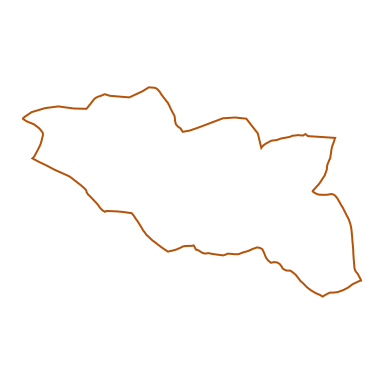 Beausejour, Gros Islet, Saint Lucia
{"feature_id": "8701671B92902112367309", "entity_name": "Beausejour", "entity_type": "district", "adm_level": 2, "iso_a3": "LCA", "parent_name": "Saint Lucia", "parent_adm1": "Gros Islet", "projection": "mercator", "projection_center": [-60.935, 14.076], "detail": "fine", "context": "isolated", "style": "outline", "palette": "amber", "viewbox_px": 384, "rotation_deg": 0, "n_neighbors": 0, "source": "geoboundaries", "source_scale": "gbopen_adm2", "svg_char_len": 5738}
<svg xmlns="http://www.w3.org/2000/svg" viewBox="0 0 384 384"><path d="M338.1,199.5L337.8,199.0L337.3,198.4L336.9,197.7L336.3,197.1L335.9,196.5L335.4,195.9L334.8,195.4L334.2,195.0L333.7,194.7L333.1,194.4L332.4,194.2L331.6,194.1L330.8,194.1L330.0,194.2L329.3,194.4L328.6,194.5L327.9,194.6L327.2,194.7L326.6,194.8L325.9,194.8L325.3,194.8L324.7,194.8L324.2,194.8L323.6,194.8L323.1,194.8L322.6,194.8L322.1,194.8L321.5,194.8L321.0,194.8L320.5,194.7L319.9,194.7L319.3,194.6L318.7,194.6L318.0,194.4L317.4,194.2L316.8,193.9L316.2,193.7L315.7,193.4L315.2,193.1L314.7,192.9L314.2,192.5L313.7,192.2L313.2,191.8L312.7,191.5L312.8,190.8L314.5,189.0L316.0,187.3L318.6,184.5L320.8,181.5L321.3,180.6L321.5,180.3L322.3,179.0L323.0,178.0L323.9,176.5L324.8,175.4L324.9,175.0L325.1,174.1L325.6,173.1L326.0,171.9L326.4,170.7L326.8,169.6L326.9,168.5L326.9,167.4L327.2,165.9L327.3,165.0L327.7,163.9L328.0,163.1L328.7,161.5L329.0,160.6L329.5,159.5L330.0,158.7L330.3,158.0L330.3,157.3L330.5,156.1L330.6,155.0L330.8,154.2L331.1,152.3L331.3,150.5L331.5,149.3L331.8,147.9L332.0,147.0L332.4,145.8L332.7,144.9L333.3,143.4L333.6,142.5L334.0,141.4L334.3,140.5L334.7,138.9L335.1,137.9L307.9,136.1L307.2,135.5L305.9,134.4L305.4,134.1L304.2,134.8L303.2,135.5L301.8,135.4L300.8,135.4L299.7,135.3L298.7,135.2L297.3,135.1L296.8,135.3L295.8,135.4L294.2,135.6L293.0,135.6L292.2,135.9L291.1,136.3L289.7,136.9L288.8,137.1L287.6,137.3L286.7,137.5L285.1,137.8L284.3,137.9L282.3,138.2L280.8,138.6L276.8,140.0L276.1,140.1L275.1,140.3L274.2,140.3L272.5,140.5L271.5,140.7L270.5,141.1L269.6,141.6L268.1,142.4L266.1,143.5L265.4,143.9L264.2,144.8L263.5,145.3L263.1,145.6L262.7,146.2L261.9,147.0L261.3,147.9L257.8,133.4L246.3,118.7L235.2,117.5L222.9,118.3L199.1,127.3L189.6,130.6L182.8,131.8L181.0,129.3L180.7,128.5L179.7,127.8L178.7,127.2L177.7,126.3L177.0,125.5L176.2,124.7L175.8,123.9L175.4,122.3L175.2,121.3L174.9,120.2L175.0,119.2L174.7,117.6L174.7,116.6L174.3,115.5L173.9,114.8L173.0,113.2L172.6,112.4L172.0,111.4L171.6,110.5L170.9,109.1L170.5,108.2L170.0,107.3L169.6,106.3L168.9,104.8L168.4,104.1L168.0,102.9L167.4,102.3L166.3,100.9L165.8,100.2L165.1,99.4L164.5,98.6L162.4,95.8L161.8,95.1L161.2,94.2L160.7,93.4L159.9,92.1L159.4,91.4L158.6,90.5L157.7,89.6L157.2,89.0L156.6,88.7L155.8,88.2L154.8,87.8L153.8,87.7L152.2,87.6L151.2,87.5L150.3,87.4L148.7,87.4L142.4,91.3L129.3,97.4L109.9,95.8L104.7,94.2L100.4,96.0L99.5,96.2L98.1,96.7L97.2,97.1L96.3,97.6L95.4,98.0L94.2,99.2L93.5,99.9L92.8,100.9L92.1,101.7L91.2,102.9L90.6,103.7L90.0,104.5L89.3,105.2L88.3,106.6L87.7,107.3L87.0,108.2L86.4,108.8L73.8,108.5L58.3,106.4L45.2,108.1L31.7,112.1L25.0,116.6L23.0,118.3L23.2,119.1L27.2,121.6L30.8,123.0L33.9,124.3L35.6,125.5L39.3,128.4L41.4,130.9L42.9,133.1L42.9,135.5L42.0,138.7L41.3,141.8L40.4,144.6L38.8,147.9L36.9,151.6L34.2,156.6L32.4,158.4L39.4,162.1L46.8,165.6L51.8,168.3L54.9,169.9L65.5,174.6L67.9,175.7L69.8,176.7L71.8,178.1L73.5,179.5L80.6,185.0L81.1,185.4L84.9,188.8L86.3,190.5L86.6,192.3L88.1,194.5L90.0,196.3L92.2,198.6L94.7,201.2L97.5,204.2L100.1,207.9L102.7,210.5L104.5,211.5L104.9,211.8L106.6,211.0L112.3,211.2L116.9,211.4L123.6,212.0L128.8,212.8L131.6,213.1L133.7,215.6L136.0,219.1L137.9,221.7L140.0,225.1L141.3,227.2L143.2,230.5L144.7,232.4L146.6,235.0L148.5,236.7L150.6,238.7L152.2,240.2L153.9,241.5L155.6,242.7L157.4,244.2L159.4,245.7L160.6,246.6L162.5,248.0L165.6,250.1L167.6,251.4L168.0,251.6L174.4,250.1L176.9,249.3L180.3,247.8L183.1,246.4L185.7,246.0L188.5,245.9L189.7,245.9L191.8,245.9L193.3,245.5L193.6,245.4L193.8,245.5L196.0,249.7L197.6,249.9L200.1,251.4L202.3,252.8L204.5,253.5L206.6,253.4L208.3,253.1L211.2,253.7L217.0,254.6L220.3,255.0L223.1,255.4L225.7,254.6L227.3,253.7L230.8,253.8L234.5,254.2L238.4,254.2L243.1,252.4L248.2,251.0L252.8,248.9L257.1,247.4L260.2,248.0L262.0,249.0L262.5,249.6L264.2,253.1L265.0,255.4L266.3,258.1L268.2,260.6L271.1,262.8L273.9,262.1L277.3,262.5L279.8,264.1L281.7,266.6L282.5,268.3L284.3,269.6L286.4,270.5L290.4,270.7L293.1,272.6L295.8,274.9L298.4,278.2L300.3,280.8L303.2,283.4L306.9,287.2L310.7,290.1L313.1,291.6L315.9,293.2L318.0,294.1L320.1,295.0L322.6,296.6L323.1,296.3L323.5,296.0L327.0,294.0L330.0,292.6L333.5,292.6L337.6,292.1L343.3,290.1L348.2,287.5L352.6,284.2L358.9,281.2L361.0,280.6L360.8,279.7L357.7,273.8L357.5,273.5L357.2,273.2L356.8,272.8L356.5,272.5L356.2,272.1L356.0,271.8L355.8,271.5L355.5,271.1L355.3,270.6L355.1,270.2L355.0,269.8L354.8,269.3L354.7,268.9L354.6,268.5L354.5,268.0L354.4,267.5L354.4,267.0L354.3,266.5L354.3,265.9L354.2,265.3L354.2,264.7L354.1,264.1L354.1,263.5L354.0,262.8L354.0,262.1L353.9,261.4L353.9,260.7L353.8,260.0L353.7,259.3L353.7,258.6L353.6,257.9L353.6,257.2L353.5,256.5L353.5,255.8L353.4,255.1L353.4,254.4L353.4,253.7L353.3,253.0L353.3,252.3L353.3,251.7L353.3,251.0L353.2,250.4L353.2,249.8L353.1,249.2L353.1,248.6L353.1,248.0L353.0,247.3L352.9,246.6L352.9,245.9L352.8,245.2L352.8,244.6L352.7,244.0L352.7,243.4L352.6,242.8L352.5,242.2L352.5,241.6L352.4,240.9L352.4,240.3L352.3,239.6L352.3,239.0L352.2,238.4L352.2,237.7L352.2,237.0L352.1,236.4L352.0,235.7L352.0,235.0L351.9,234.3L351.8,233.6L351.8,232.9L351.7,232.2L351.6,231.5L351.6,230.8L351.5,230.1L351.4,229.4L351.3,228.7L351.2,228.0L351.0,227.3L350.9,226.6L350.8,225.9L350.6,225.2L350.5,224.6L350.3,224.0L350.1,223.3L349.9,222.7L349.7,222.0L349.4,221.3L349.2,220.6L348.9,219.8L348.6,219.1L348.2,218.4L347.9,217.6L347.5,216.9L347.1,216.2L346.7,215.5L346.4,214.8L346.0,214.1L345.7,213.4L345.4,212.8L345.1,212.1L344.7,211.5L344.4,210.9L344.1,210.3L343.8,209.7L343.5,209.0L343.2,208.4L342.9,207.8L342.6,207.4L342.5,207.1L342.2,206.7L341.8,206.1L341.5,205.5L341.1,204.9L340.7,204.4L340.5,203.9L340.2,203.3L339.9,202.8L339.7,202.3L339.4,201.8L338.9,201.2L338.6,200.6L338.2,199.8L338.1,199.5Z" fill="none" stroke="#b45309" stroke-width="2"/></svg>